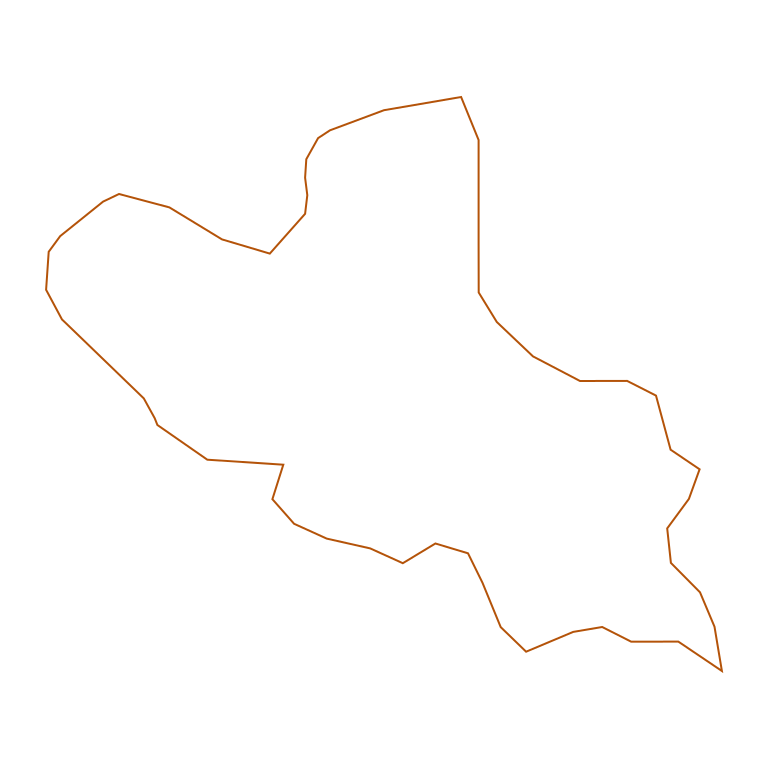 SVG path tracing the border of Peć
{"feature_id": "KOS-5886", "entity_name": "Peć", "entity_type": "District", "adm_level": 1, "iso_a3": "XKX", "parent_name": "Kosovo", "parent_adm1": "", "projection": "orthographic", "projection_center": [20.272, 42.674], "detail": "fine", "context": "isolated", "style": "outline", "palette": "amber", "viewbox_px": 768, "rotation_deg": 0, "n_neighbors": 0, "source": "natural_earth", "source_scale": "10m", "svg_char_len": 792}
<svg xmlns="http://www.w3.org/2000/svg" viewBox="0 0 768 768"><path d="M269.8,253.6L305.1,213.8L307.3,195.2L305.1,177.7L306.3,159.2L318.1,138.1L330.0,130.3L384.0,110.2L461.1,97.0L478.6,140.0L478.6,189.2L478.6,243.3L478.7,292.5L496.8,322.0L533.0,356.4L580.0,381.0L627.1,380.9L656.0,395.6L670.6,449.7L699.6,469.3L688.9,498.9L667.2,528.4L670.9,562.9L700.0,592.3L714.5,626.7L721.9,671.0L678.3,641.6L631.2,641.7L602.2,627.0L573.2,631.9L526.1,651.7L500.7,627.1L482.5,582.8L468.0,553.3L435.4,543.5L402.8,563.2L370.2,548.4L326.7,538.6L294.1,523.8L272.4,499.2L283.3,464.7L207.3,459.7L157.4,425.0L154.7,418.2L143.8,398.4L63.3,320.7L62.0,319.5L46.1,289.8L48.7,251.8L60.2,236.1L89.8,212.3L103.1,201.6L119.0,194.0L169.4,207.4L222.0,239.4L269.8,253.6Z" fill="none" stroke="#b45309" stroke-width="2"/></svg>